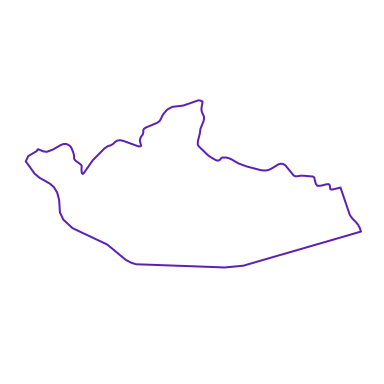 SVG path tracing the border of Shiselweni, rotated 343°
{"feature_id": "SWZ-537", "entity_name": "Shiselweni", "entity_type": "District", "adm_level": 1, "iso_a3": "SWZ", "parent_name": "eSwatini", "parent_adm1": "", "projection": "mercator", "projection_center": [31.425, -27.036], "detail": "fine", "context": "isolated", "style": "outline", "palette": "violet", "viewbox_px": 384, "rotation_deg": 343, "n_neighbors": 0, "source": "natural_earth", "source_scale": "10m", "svg_char_len": 1926}
<svg xmlns="http://www.w3.org/2000/svg" viewBox="0 0 384 384"><g transform="rotate(343 192 192)"><path d="M141.6,253.1L117.3,244.7L113.1,241.8L108.8,237.5L95.6,217.5L67.1,191.6L60.9,180.8L59.7,173.0L62.6,160.8L62.9,153.1L61.3,146.9L58.4,142.3L50.4,133.9L46.8,128.3L42.0,114.1L45.9,109.8L55.2,107.5L56.4,106.9L56.7,106.2L57.4,106.2L58.6,107.1L61.7,109.7L64.8,111.1L71.1,110.8L80.8,108.6L83.3,108.6L85.9,109.3L88.3,111.7L89.2,113.2L89.6,114.9L90.0,119.4L89.9,122.0L89.5,124.1L89.0,125.6L89.2,126.8L90.0,128.3L93.8,133.4L94.1,134.6L93.8,135.8L92.7,138.7L92.4,140.4L92.3,141.9L92.8,142.7L93.9,142.4L106.3,132.7L121.1,124.7L124.8,123.6L127.9,123.6L130.3,123.1L132.8,121.8L135.4,121.0L138.6,121.5L141.5,123.2L154.1,132.7L155.9,133.2L156.8,132.9L157.1,128.7L157.3,127.3L158.0,126.0L159.0,124.6L161.7,122.6L162.6,121.2L163.2,119.8L163.5,118.6L164.4,117.7L166.3,116.9L179.3,115.6L181.9,114.6L184.2,112.4L185.8,110.5L187.7,108.9L192.2,106.0L197.9,104.8L209.0,106.8L225.1,106.2L227.0,107.2L228.5,108.6L227.6,110.6L225.4,114.9L224.9,117.1L224.9,119.4L225.5,123.1L224.9,125.6L223.5,128.0L218.5,134.1L216.7,138.2L213.2,143.9L212.2,145.9L211.3,148.6L212.1,150.8L217.9,161.3L219.4,163.4L223.0,167.4L224.9,169.1L226.5,169.7L228.2,169.3L229.7,168.3L231.1,167.9L233.1,168.6L234.8,169.0L237.0,170.4L239.7,172.7L244.6,178.1L251.4,183.3L263.8,191.0L266.4,192.2L268.9,193.0L271.6,193.3L274.3,193.0L282.4,190.9L284.7,190.8L287.3,191.8L289.0,193.7L294.1,206.0L295.6,207.3L297.8,207.8L300.3,208.1L303.0,208.9L311.8,212.4L312.7,213.1L313.1,214.1L312.8,219.5L313.0,220.9L313.6,222.6L315.5,223.3L317.7,223.7L322.6,223.9L324.8,224.4L325.5,225.1L325.6,226.4L325.3,228.1L325.2,229.8L326.1,230.5L327.3,230.7L335.3,231.2L335.5,237.1L336.2,260.2L337.8,264.8L339.7,268.2L341.1,271.5L341.9,275.0L342.0,279.2L317.2,278.9L290.6,278.5L250.2,277.9L219.6,277.5L201.1,273.7L172.6,263.8L151.4,256.5L141.6,253.1Z" fill="none" stroke="#5b21b6" stroke-width="2"/></g></svg>